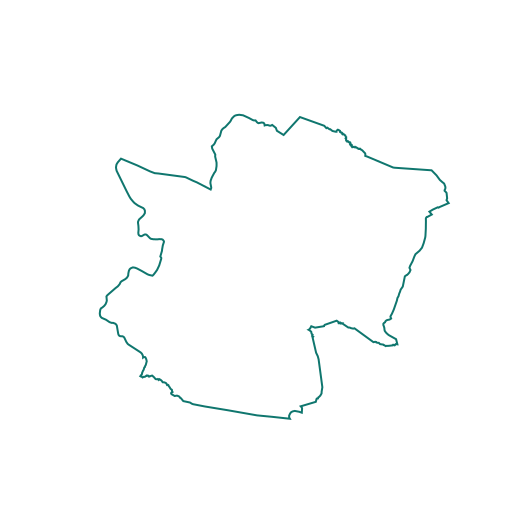 Tangamandapio, Michoacán, Mexico (orthographic projection), rotated 30°
{"feature_id": "50627088B20448170324578", "entity_name": "Tangamandapio", "entity_type": "district", "adm_level": 2, "iso_a3": "MEX", "parent_name": "Mexico", "parent_adm1": "Michoacán", "projection": "orthographic", "projection_center": [-102.457, 19.89], "detail": "fine", "context": "isolated", "style": "outline", "palette": "teal", "viewbox_px": 512, "rotation_deg": 30, "n_neighbors": 0, "source": "geoboundaries", "source_scale": "gbopen_adm2", "svg_char_len": 6152}
<svg xmlns="http://www.w3.org/2000/svg" viewBox="0 0 512 512"><g transform="rotate(30 256 256)"><path d="M365.2,94.0L332.0,110.2L330.5,110.8L302.5,114.3L300.6,114.7L299.7,113.0L299.1,112.5L295.3,111.4L294.4,111.3L293.9,111.4L292.5,111.0L292.2,111.2L292.3,111.5L291.6,111.9L290.2,112.0L290.1,111.8L288.3,111.8L288.4,112.0L287.0,112.6L286.2,112.4L285.4,113.4L284.9,113.7L284.1,113.0L283.8,113.2L283.6,113.1L283.6,112.8L283.7,112.2L283.4,111.9L282.6,111.9L282.5,112.5L282.2,112.6L281.4,112.1L281.3,111.4L281.5,111.2L280.9,110.6L280.4,110.5L279.5,111.1L278.9,111.0L278.5,110.6L278.3,110.6L277.8,111.2L277.5,110.9L277.2,111.1L276.7,111.1L276.0,110.6L275.7,109.7L274.9,109.4L275.1,108.7L274.7,108.0L274.3,108.1L273.0,106.9L272.3,107.0L272.0,107.0L271.7,106.7L270.6,106.7L270.1,107.0L270.0,107.3L269.7,107.2L269.6,106.5L269.3,106.4L268.3,106.2L268.0,106.6L266.8,106.6L266.1,105.6L265.1,105.7L264.5,105.5L263.6,105.8L263.4,106.5L263.2,107.8L263.5,108.2L263.0,108.5L259.7,109.5L256.9,109.1L256.6,109.4L256.2,109.5L253.6,109.2L253.0,110.1L250.0,109.1L224.6,113.7L219.4,137.4L211.5,137.1L209.1,135.1L204.5,134.4L203.6,135.8L202.6,136.3L200.7,136.7L198.6,138.1L198.2,138.6L197.0,137.2L195.9,136.9L194.2,137.5L191.8,139.7L190.8,139.8L189.8,139.6L187.8,138.8L186.5,139.6L185.2,139.9L180.9,140.0L174.5,140.6L170.8,142.1L168.8,143.7L167.8,144.7L167.1,146.0L166.4,148.8L166.4,150.2L166.5,151.3L166.4,152.9L166.0,154.7L164.9,159.7L164.0,161.4L163.5,162.9L163.3,164.7L164.7,170.0L164.6,171.5L163.5,174.6L163.6,176.3L163.9,179.2L163.7,180.8L162.9,183.1L164.4,184.9L170.0,188.5L170.9,190.3L175.1,194.8L176.0,196.3L176.9,197.9L178.4,201.8L178.5,203.5L178.3,204.7L178.4,208.4L178.5,210.4L179.1,213.6L180.0,215.6L182.6,218.6L183.2,219.4L183.5,221.1L167.9,221.8L164.0,222.3L156.2,222.9L155.1,223.1L130.1,233.4L126.9,234.9L122.0,235.7L108.1,236.9L90.4,239.2L89.5,243.8L89.4,245.8L89.5,246.8L90.4,249.2L91.4,250.5L92.7,251.9L111.6,264.6L116.6,267.8L118.8,269.0L122.3,270.3L124.3,270.9L127.3,271.2L128.9,271.3L134.4,270.9L136.0,271.4L137.2,272.4L138.3,274.4L138.3,276.0L138.2,277.2L137.8,278.7L136.5,282.7L136.5,283.5L136.7,285.2L137.1,286.1L139.1,288.7L141.1,291.8L142.5,294.8L143.4,296.0L144.2,296.5L145.2,296.6L146.4,296.4L147.1,295.9L148.5,293.5L148.9,293.0L149.9,292.4L151.1,292.4L155.3,293.6L156.6,293.6L159.0,292.7L162.4,290.8L163.7,289.8L166.0,288.6L167.1,288.5L168.6,289.1L169.2,289.7L170.0,293.4L171.3,297.0L172.0,298.6L173.4,304.3L174.8,304.9L175.3,305.7L176.9,312.6L177.3,317.5L177.0,320.7L176.6,323.5L176.2,324.8L173.1,325.8L171.2,326.1L164.9,326.1L159.2,326.3L157.2,326.6L155.1,327.4L153.9,328.9L153.4,329.9L153.2,330.7L153.3,332.3L154.1,334.8L155.1,336.9L155.1,339.2L154.4,341.3L152.2,345.1L151.8,346.5L152.0,348.6L151.5,351.4L150.4,354.0L147.4,362.7L146.8,364.6L146.7,365.8L149.1,369.2L149.5,370.6L149.8,372.9L149.5,375.1L148.6,377.6L148.0,378.6L147.9,379.5L148.1,380.7L149.4,383.8L150.2,384.9L151.0,385.8L152.2,386.4L153.3,386.7L158.0,386.2L162.2,386.5L164.4,386.1L165.8,385.3L168.1,385.0L169.3,385.3L170.3,385.9L175.7,392.4L176.6,393.1L177.4,393.4L178.2,393.4L178.8,393.2L180.5,392.3L181.5,392.2L182.1,392.3L182.7,392.5L186.6,395.2L188.7,396.2L189.6,396.4L204.4,397.2L205.9,397.6L207.5,398.6L208.5,399.6L209.0,400.4L209.2,399.9L209.9,399.3L210.6,399.0L211.1,399.2L212.6,400.3L214.0,401.8L215.0,405.4L215.0,406.8L215.3,407.8L215.0,408.4L215.6,410.7L215.5,411.8L215.7,412.9L215.7,413.7L216.3,415.5L216.3,416.0L215.9,417.1L216.1,417.5L216.0,417.9L216.9,417.9L217.3,417.6L218.5,417.9L219.3,416.6L220.1,416.3L220.7,415.0L221.0,414.8L221.0,414.2L221.9,413.7L223.0,414.0L223.1,413.5L224.1,413.6L224.6,412.8L225.8,411.5L226.7,411.6L227.2,411.8L228.0,411.9L230.6,412.8L232.5,412.0L232.6,411.6L233.0,411.6L233.6,411.9L233.7,411.3L233.8,411.0L234.4,410.9L235.0,411.2L235.7,411.0L236.9,411.3L238.3,412.0L239.7,411.3L241.0,411.1L241.7,411.1L242.4,411.4L243.5,412.2L244.1,411.6L244.6,411.6L245.0,411.8L245.4,412.3L246.8,412.8L248.3,413.7L249.3,413.9L250.0,413.9L250.8,414.9L251.7,415.5L251.0,416.7L251.3,417.6L252.1,417.9L255.6,417.9L257.0,416.7L257.8,416.3L259.7,416.1L260.4,416.3L260.9,416.7L262.1,416.7L265.6,418.0L272.1,415.9L274.3,416.0L275.6,415.8L286.9,411.9L308.9,403.6L336.6,393.5L350.4,387.2L366.7,380.0L365.4,379.2L364.5,377.6L364.3,375.2L364.6,373.5L365.6,372.1L367.0,370.8L371.3,369.3L374.0,368.8L372.2,365.1L371.4,364.3L369.9,363.8L380.7,352.4L379.9,349.5L380.0,349.0L380.9,348.4L380.9,348.2L380.7,347.7L380.7,347.2L381.1,346.4L381.5,344.7L381.5,342.3L380.6,340.5L379.1,336.5L361.9,314.2L359.6,311.9L356.4,309.7L345.5,298.0L345.8,297.9L345.9,297.3L344.5,297.1L344.4,295.9L343.2,295.6L342.7,295.2L341.7,294.0L341.4,293.9L339.6,293.6L338.5,293.6L338.8,293.2L338.9,292.0L339.1,291.6L339.0,289.2L343.0,288.5L349.6,283.1L350.0,282.7L349.8,282.2L350.0,281.2L358.2,271.7L360.2,271.9L361.2,272.9L361.9,272.5L362.1,271.5L362.4,271.5L362.4,271.9L362.6,272.0L363.4,272.1L363.9,271.3L364.6,271.0L364.6,271.3L371.7,271.8L373.0,271.1L374.3,271.0L376.5,270.3L377.4,269.4L400.8,271.9L402.1,270.7L403.1,270.4L403.5,270.7L404.6,270.4L405.8,269.8L407.5,270.3L410.5,269.1L411.1,269.3L411.5,269.1L413.4,269.2L413.8,268.7L415.9,267.4L418.3,265.6L418.6,265.5L418.8,264.9L419.2,264.6L419.9,264.4L419.7,264.1L420.9,263.7L421.0,262.5L422.6,261.8L418.9,258.0L412.2,258.1L410.3,258.1L408.2,257.7L406.8,257.3L405.0,256.5L404.3,255.8L403.0,254.0L401.7,252.8L400.9,252.2L400.2,251.1L400.3,250.1L400.9,248.9L400.8,248.5L400.8,247.6L401.1,246.7L401.6,245.9L403.5,244.2L404.3,242.6L402.8,241.4L402.6,240.5L402.6,238.0L402.1,233.5L400.3,224.1L399.5,221.7L399.5,219.6L398.8,216.8L398.6,215.0L398.1,212.8L398.4,209.1L395.1,199.2L396.0,197.1L396.3,196.9L396.7,195.5L397.1,193.4L396.8,190.9L394.8,189.5L394.4,187.5L394.2,182.2L393.4,177.3L393.2,174.7L395.0,169.7L395.6,165.8L394.8,161.1L393.3,155.4L392.7,153.9L389.5,147.6L385.7,140.8L384.4,138.7L384.2,137.7L384.4,136.8L384.8,136.6L387.5,132.2L384.0,130.9L386.0,127.3L389.0,123.0L390.0,122.8L390.2,122.2L392.0,119.8L396.4,113.9L393.1,112.4L392.7,110.5L389.5,106.1L388.8,105.8L386.7,105.2L386.4,104.6L386.3,103.2L386.0,102.3L385.2,101.2L382.7,99.2L380.1,98.8L377.2,98.2L372.0,95.9L365.2,94.0Z" fill="none" stroke="#0f766e" stroke-width="2"/></g></svg>